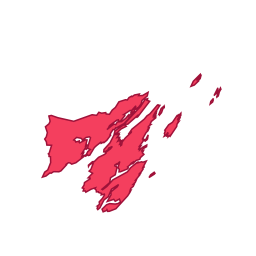 the district of Bodø nor, Nordland, Norway, rotated 143°
{"feature_id": "86288312B60983517204025", "entity_name": "Bodø nor", "entity_type": "district", "adm_level": 2, "iso_a3": "NOR", "parent_name": "Norway", "parent_adm1": "Nordland", "projection": "robinson", "projection_center": [14.703, 67.257], "detail": "fine", "context": "isolated", "style": "filled", "palette": "rose", "viewbox_px": 256, "rotation_deg": 143, "n_neighbors": 0, "source": "geoboundaries", "source_scale": "gbopen_adm2", "svg_char_len": 5928}
<svg xmlns="http://www.w3.org/2000/svg" viewBox="0 0 256 256"><g transform="rotate(143 128 128)"><path d="M181.7,184.2L184.0,185.2L186.1,180.3L188.5,178.9L193.2,178.7L195.2,172.8L198.6,170.1L201.2,169.3L201.5,166.1L203.1,163.2L199.4,160.2L206.0,155.4L207.2,155.3L207.1,154.2L208.2,152.8L207.2,151.7L210.6,146.9L217.3,142.8L221.1,142.9L225.9,140.3L222.4,139.0L217.5,139.1L216.5,138.1L213.7,137.9L209.5,134.6L207.3,134.1L199.2,135.6L199.3,136.2L196.5,136.1L195.4,135.1L194.7,133.0L190.5,131.6L180.2,131.8L179.2,132.3L181.9,133.1L178.3,135.0L180.0,135.5L171.2,138.8L171.0,139.3L172.4,139.4L167.9,143.1L169.0,144.1L175.5,145.2L175.7,145.9L174.7,147.0L178.1,148.2L177.8,149.3L178.6,151.1L174.7,151.4L171.7,148.1L171.4,146.7L171.8,145.7L167.2,145.7L164.1,144.2L163.8,142.8L172.2,136.5L173.6,136.8L174.9,136.1L172.1,136.4L172.3,135.7L171.0,133.5L174.2,133.4L179.4,131.0L176.4,130.9L176.3,129.9L174.9,129.3L166.7,132.6L163.7,132.9L158.3,133.0L158.7,131.9L156.2,131.5L156.1,130.8L152.4,130.9L146.3,132.7L146.6,133.3L144.5,134.5L140.8,135.8L139.9,134.9L137.1,135.8L138.1,135.2L128.4,133.9L115.2,136.4L117.4,137.7L120.6,137.1L120.1,138.0L123.9,137.1L129.3,137.0L132.9,139.2L135.8,138.1L136.9,139.6L145.8,139.4L140.4,140.2L142.5,140.4L141.3,141.0L132.2,141.0L130.9,140.4L131.3,140.0L130.7,138.1L129.7,138.1L123.1,139.7L122.6,140.5L123.4,141.3L115.8,140.8L114.7,139.8L108.3,141.0L111.8,138.4L109.4,138.4L109.9,137.9L109.4,137.5L108.1,137.9L108.6,138.4L107.5,138.1L102.9,139.4L100.3,141.6L93.3,142.0L90.5,144.4L96.9,145.2L100.1,147.5L98.5,148.3L103.0,150.5L105.9,150.6L106.0,151.3L108.9,151.7L111.7,150.8L113.0,152.1L119.5,154.4L125.7,152.0L129.8,151.8L134.6,150.1L137.0,152.3L136.5,153.7L140.2,155.7L141.8,158.1L145.4,157.0L148.7,160.2L167.3,166.0L177.8,178.4L181.7,184.2ZM201.2,81.0L198.4,81.2L190.4,85.0L185.1,85.0L178.0,89.1L169.5,88.5L172.1,87.5L180.0,87.3L181.8,84.8L188.8,81.8L182.3,79.6L182.3,77.2L177.6,76.4L178.5,73.6L181.2,73.6L183.9,74.9L188.2,78.7L191.5,79.6L197.6,78.8L198.3,76.0L194.8,75.0L194.0,75.4L194.4,73.6L193.0,72.7L186.3,70.8L169.2,74.0L165.3,75.4L163.5,76.3L164.5,76.4L162.2,78.1L159.0,78.2L156.9,79.3L157.8,79.9L154.7,80.3L152.1,81.8L152.7,82.0L146.3,83.6L147.1,83.6L146.2,83.9L147.0,84.2L146.4,84.8L144.4,84.8L140.7,86.1L140.3,87.0L137.9,87.2L139.6,87.6L133.3,90.6L136.7,91.7L137.4,92.8L141.6,94.5L141.0,94.9L141.5,95.0L149.6,94.7L155.0,93.3L171.3,95.7L180.0,94.0L185.4,94.0L185.7,94.8L175.6,95.4L171.8,98.8L166.3,98.3L161.2,102.5L160.5,104.1L161.4,105.8L160.7,106.4L158.7,106.2L159.1,105.5L158.6,105.4L157.6,105.7L154.7,106.1L159.8,102.5L159.9,100.1L161.6,98.4L160.4,97.6L153.3,95.7L151.7,96.0L151.8,97.2L146.4,97.4L147.6,97.7L146.9,97.9L143.0,97.6L146.4,97.0L145.6,96.6L141.0,97.2L137.4,95.9L135.9,96.9L131.5,97.3L131.1,97.4L131.5,99.5L129.7,100.4L130.9,100.5L130.9,101.5L127.9,102.3L124.4,101.9L123.3,103.1L128.1,103.8L132.0,103.4L130.9,104.6L132.9,104.5L129.0,105.8L131.0,106.2L122.3,108.9L122.9,109.2L121.6,109.8L122.9,109.8L123.1,110.5L116.2,113.5L113.9,113.7L111.9,114.8L112.7,115.0L111.2,115.6L111.8,115.8L110.8,117.0L107.8,117.0L108.4,117.5L105.4,119.2L99.7,119.4L98.8,120.5L100.1,120.6L96.2,123.0L98.7,122.4L99.7,121.3L101.1,121.7L100.2,122.7L96.9,124.1L97.0,123.9L96.2,123.5L96.5,123.4L96.2,123.4L96.0,123.6L96.9,123.9L88.9,126.9L89.8,127.8L89.2,128.1L91.0,128.0L89.9,128.6L90.9,128.6L102.1,126.1L105.5,126.3L109.7,125.3L125.6,124.7L131.6,122.7L127.1,123.2L128.1,122.5L136.0,121.7L140.9,120.4L143.4,118.2L144.5,118.3L143.3,120.2L143.7,120.1L144.1,120.2L140.8,121.8L142.4,122.1L141.5,123.1L144.0,123.6L141.0,124.8L141.5,125.1L140.4,125.8L142.6,127.0L139.3,127.9L139.7,128.2L138.3,129.0L142.1,130.0L141.0,130.2L141.2,130.9L143.8,130.6L151.3,127.0L160.1,125.3L161.7,123.6L160.3,122.8L156.1,122.6L156.5,123.0L155.5,123.6L151.6,122.7L154.5,121.9L160.8,121.9L160.7,121.2L162.6,121.0L169.2,122.3L175.0,121.5L176.7,122.5L182.0,122.1L182.6,121.1L181.2,121.7L177.7,121.5L176.9,120.8L182.5,117.3L185.0,117.0L183.5,113.2L189.8,112.2L188.4,111.0L188.8,110.2L195.6,110.6L197.5,108.8L200.6,107.7L199.7,106.1L201.7,104.7L200.0,103.4L200.3,102.1L194.2,101.3L189.9,99.8L191.1,99.3L190.8,97.5L191.7,96.0L190.0,94.9L190.3,94.2L188.5,91.7L189.7,90.7L186.7,89.4L187.1,88.6L190.8,87.2L195.5,86.3L196.7,84.2L199.4,84.2L199.0,83.8L201.2,82.2L201.2,81.0ZM99.2,96.1L88.2,99.9L86.5,101.6L83.6,102.5L84.3,102.7L83.2,103.4L83.3,104.7L82.3,104.6L82.5,103.9L81.7,104.1L80.3,104.9L81.5,105.6L78.3,106.2L76.9,108.0L80.3,107.4L81.0,107.5L80.4,108.1L81.1,108.1L80.5,108.5L81.7,108.3L89.0,105.8L93.6,106.1L100.0,104.1L99.9,103.3L102.4,101.6L102.5,100.4L104.1,99.6L102.2,99.2L99.3,100.3L99.1,99.8L101.7,98.0L100.8,97.5L101.1,97.1L100.1,97.2L100.8,96.8L99.1,96.8L99.2,96.1ZM125.9,131.2L111.5,132.3L115.1,131.2L113.3,131.1L94.6,136.3L96.0,138.5L95.0,139.3L96.9,139.5L95.7,140.0L97.2,140.5L105.0,137.6L128.9,133.4L125.9,131.2ZM49.2,122.4L43.2,123.1L42.5,124.4L41.2,124.4L41.5,123.9L40.7,124.0L38.9,125.4L42.6,125.0L42.2,125.5L43.1,125.4L43.2,125.5L42.2,125.8L43.4,125.5L43.8,125.2L43.7,125.5L43.1,125.7L43.7,126.0L38.4,126.1L37.9,127.4L47.8,126.0L52.6,123.4L49.2,122.4ZM134.2,131.4L128.3,130.4L128.5,132.1L130.2,133.2L140.2,133.5L142.8,131.4L138.7,130.5L138.2,130.5L139.7,130.7L134.2,131.4ZM94.4,120.0L94.7,119.5L92.0,120.1L88.0,122.7L86.9,122.4L85.7,123.8L87.3,123.1L86.4,123.8L89.8,123.6L95.2,120.3L94.4,120.0ZM115.3,136.9L112.8,137.1L111.7,139.4L113.9,139.8L116.0,138.9L114.9,138.2L116.1,137.6L115.3,136.9ZM39.8,102.1L35.3,102.9L33.7,104.2L34.5,104.3L32.8,104.7L33.4,104.7L32.0,106.0L39.8,102.1ZM38.4,99.2L36.6,99.3L34.8,100.7L35.7,100.8L33.7,101.7L34.7,101.9L30.5,103.0L30.1,104.3L36.3,101.3L37.1,100.2L35.7,100.5L37.9,99.9L37.8,100.2L38.4,99.2ZM134.9,75.3L133.1,75.7L138.8,75.8L133.0,76.9L138.1,77.0L141.0,75.8L134.9,75.3ZM120.9,107.0L119.0,107.5L116.0,110.4L122.8,107.1L120.3,107.3L120.9,107.0ZM47.9,97.7L44.8,97.8L42.7,99.3L43.5,99.0L44.5,98.9L41.9,100.2L45.9,99.4L47.9,97.7Z" fill="#f43f5e" stroke="#9f1239" stroke-width="1.5"/></g></svg>